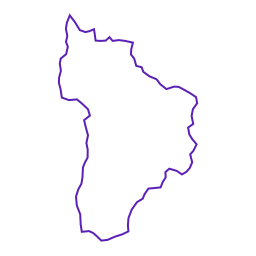 the district of Alumínio, São Paulo, Brazil
{"feature_id": "56859067B48087755422140", "entity_name": "Alumínio", "entity_type": "district", "adm_level": 2, "iso_a3": "BRA", "parent_name": "Brazil", "parent_adm1": "São Paulo", "projection": "orthographic", "projection_center": [-47.283, -23.532], "detail": "fine", "context": "isolated", "style": "outline", "palette": "violet", "viewbox_px": 256, "rotation_deg": 0, "n_neighbors": 0, "source": "geoboundaries", "source_scale": "gbopen_adm2", "svg_char_len": 1249}
<svg xmlns="http://www.w3.org/2000/svg" viewBox="0 0 256 256"><path d="M128.4,231.4L127.9,225.2L128.5,218.0L131.7,209.6L137.0,202.1L142.7,198.7L144.6,194.1L148.4,188.6L160.6,187.4L162.6,182.3L165.7,177.3L165.4,172.1L169.3,168.7L176.8,170.9L181.9,174.4L186.3,171.9L189.7,168.1L192.2,162.3L190.2,154.4L193.4,150.8L196.6,144.3L192.3,139.2L189.3,134.4L188.1,127.6L193.2,123.9L191.6,115.9L192.9,109.2L197.1,103.3L196.1,97.2L190.0,93.1L184.0,89.7L178.7,86.9L174.2,86.6L166.4,89.1L160.4,84.3L156.5,79.2L149.4,76.3L143.3,71.8L141.6,67.2L136.3,65.9L134.1,58.4L130.9,54.4L131.3,49.1L132.9,42.6L125.1,40.9L118.9,40.1L112.6,40.9L109.5,37.2L105.7,40.6L100.4,40.9L95.6,40.6L94.9,35.3L94.0,29.2L89.6,31.1L85.4,32.1L79.8,30.1L74.9,22.1L69.8,15.4L66.9,22.6L65.9,28.9L67.3,35.8L66.0,41.9L67.8,46.6L66.2,54.1L60.7,58.6L59.8,63.6L60.9,70.7L59.1,77.6L58.9,82.9L60.5,88.9L61.8,97.6L69.0,100.1L76.9,99.4L82.0,103.6L88.0,109.3L89.9,115.6L84.1,120.1L85.7,126.9L88.0,135.4L86.4,143.1L87.7,149.6L87.6,157.6L85.0,162.3L83.0,167.3L82.7,171.9L82.5,177.3L81.4,183.7L78.2,189.6L76.0,196.6L76.8,205.4L80.2,214.3L80.7,224.6L81.8,231.8L89.1,231.1L93.3,233.1L96.8,236.2L101.3,240.6L107.5,239.9L115.1,236.6L122.1,234.4L128.4,231.4Z" fill="none" stroke="#5b21b6" stroke-width="2"/></svg>